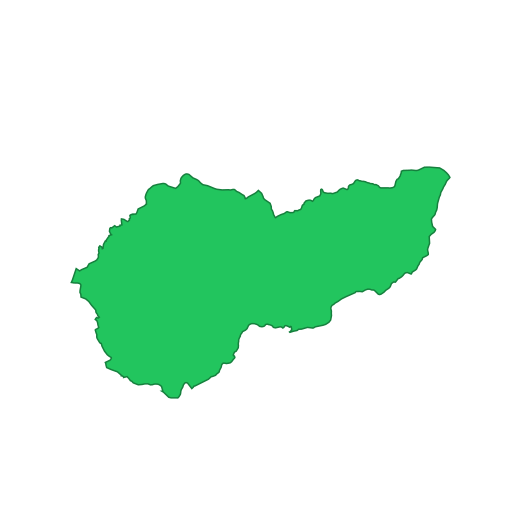 the district of Finis, Bihor, Romania, rotated 214°
{"feature_id": "2599482B59460374460449", "entity_name": "Finis", "entity_type": "district", "adm_level": 2, "iso_a3": "ROU", "parent_name": "Romania", "parent_adm1": "Bihor", "projection": "mercator", "projection_center": [22.253, 46.612], "detail": "fine", "context": "isolated", "style": "filled", "palette": "green", "viewbox_px": 512, "rotation_deg": 214, "n_neighbors": 0, "source": "geoboundaries", "source_scale": "gbopen_adm2", "svg_char_len": 6119}
<svg xmlns="http://www.w3.org/2000/svg" viewBox="0 0 512 512"><g transform="rotate(214 256 256)"><path d="M139.2,429.6L141.8,430.8L144.5,431.5L148.2,432.0L153.0,431.7L162.0,426.6L166.0,423.8L169.5,417.8L171.0,416.4L175.3,414.1L176.7,412.9L181.7,409.3L182.9,407.6L181.9,405.6L181.8,404.5L181.2,403.1L181.2,399.5L181.8,398.7L181.9,397.9L181.7,396.0L180.1,391.8L180.1,391.2L180.2,390.3L181.1,388.9L183.1,387.1L184.5,386.4L190.5,382.3L191.9,382.0L193.8,382.6L196.4,382.3L197.8,381.3L199.6,381.2L201.9,379.9L203.0,379.8L204.6,379.1L206.9,378.7L208.6,378.0L210.0,377.1L211.5,376.7L212.5,376.1L214.2,376.0L214.7,375.6L215.3,375.0L215.7,374.1L215.7,370.5L216.7,368.8L217.9,367.5L218.2,366.2L218.2,365.4L217.5,364.2L217.3,362.8L217.4,362.3L217.8,361.9L221.6,361.1L222.2,360.5L223.5,358.5L224.1,356.5L224.3,354.6L227.1,350.8L227.8,350.3L229.1,349.9L231.5,348.1L234.8,346.7L236.3,346.8L237.6,347.8L238.4,348.1L239.0,348.1L239.3,347.7L239.4,347.2L238.6,345.8L237.4,344.4L237.0,343.5L236.7,341.5L239.4,337.6L239.7,335.9L239.5,334.1L239.8,332.9L241.1,332.9L242.5,332.5L243.8,331.5L245.4,329.6L245.7,326.9L245.2,325.5L245.6,325.0L245.9,323.9L245.1,321.2L245.0,319.5L246.1,318.2L246.7,316.9L249.2,315.3L249.3,314.9L249.1,314.0L249.2,313.4L249.6,312.7L252.0,311.0L254.8,310.2L255.4,309.6L256.2,307.4L256.8,306.3L257.4,305.7L258.4,304.3L260.5,300.7L261.1,298.8L261.4,298.6L264.5,300.1L266.0,301.5L267.8,302.8L269.4,303.4L271.1,305.6L273.8,307.6L279.9,307.6L281.9,308.0L283.4,309.2L286.4,311.1L290.7,311.7L291.3,308.9L292.0,307.1L295.4,300.7L296.1,298.5L296.6,297.7L297.1,297.5L297.7,298.3L299.8,299.4L301.8,299.2L305.6,299.2L308.1,298.7L310.9,299.1L312.2,298.4L314.1,296.4L315.9,295.5L320.9,291.9L325.8,289.4L327.8,288.8L335.5,287.2L339.9,285.4L342.9,285.6L345.7,286.3L348.0,286.2L351.9,285.5L357.3,286.1L359.2,285.4L360.2,284.5L360.6,283.8L361.3,282.2L361.7,279.4L361.5,278.0L360.8,276.0L359.4,274.3L359.3,273.8L359.6,269.7L360.5,267.1L367.9,264.9L371.0,265.2L372.2,264.9L373.6,264.2L377.5,260.4L380.5,256.9L381.2,254.7L381.7,252.6L382.3,251.1L382.3,250.2L382.0,247.1L381.6,245.3L380.8,243.0L380.0,242.0L377.9,240.6L375.8,237.7L376.2,237.3L376.1,236.9L376.7,234.9L380.0,229.1L379.0,225.2L379.0,223.6L381.5,221.9L381.3,221.6L382.5,220.8L383.1,219.7L382.8,219.4L383.1,219.0L381.6,217.4L381.5,216.4L381.8,215.9L381.0,214.9L381.5,212.9L382.6,212.6L386.0,212.5L388.3,211.5L387.7,210.4L384.6,206.8L386.0,205.4L385.5,204.7L387.9,202.0L390.1,202.1L391.3,198.6L392.1,198.4L392.5,198.0L392.5,196.9L391.3,194.5L388.8,193.0L387.7,192.8L389.3,190.7L388.8,190.1L389.0,189.0L389.0,185.4L388.6,184.5L389.3,184.2L388.9,180.3L387.1,176.8L387.5,176.1L388.6,177.2L391.1,177.1L391.2,175.2L390.6,174.7L389.9,173.0L389.1,171.9L387.8,170.7L387.7,169.1L385.9,166.8L385.8,163.7L386.5,161.9L390.0,156.2L389.7,152.2L393.0,147.1L393.9,145.0L398.0,145.0L394.8,133.5L394.3,130.8L391.8,131.9L389.1,133.7L387.5,134.4L386.2,134.6L385.0,134.1L384.3,132.9L382.6,129.1L381.6,127.4L379.8,126.3L378.1,124.1L373.2,125.2L369.2,124.8L364.8,123.2L359.4,121.8L358.4,121.4L357.6,120.3L356.9,119.7L354.9,119.0L353.6,118.0L351.7,117.6L352.0,116.5L352.4,116.1L353.6,116.0L353.9,114.8L353.8,113.5L351.8,113.4L350.1,112.2L348.4,110.4L346.4,108.8L346.6,108.4L346.6,107.5L347.7,105.7L347.9,104.8L345.6,102.9L344.0,101.8L342.8,99.9L342.3,99.4L341.5,98.8L337.6,97.0L336.2,96.6L335.4,97.0L333.2,95.1L328.4,92.4L324.2,91.0L321.9,90.8L319.2,90.9L318.8,90.4L318.6,88.8L318.8,87.9L321.4,83.5L320.2,82.7L319.5,81.8L317.4,80.0L312.8,80.8L306.1,82.5L301.3,81.9L300.7,81.3L300.0,81.8L298.1,81.8L297.8,81.3L295.5,83.9L293.1,83.4L290.4,82.4L288.9,82.7L286.8,82.2L281.6,83.4L278.6,85.8L276.8,87.7L274.1,89.6L271.4,90.2L269.9,91.4L268.8,92.8L267.7,93.7L265.8,94.8L264.3,95.2L262.4,95.2L261.2,94.9L257.7,91.9L258.4,91.3L256.6,91.4L249.3,90.1L247.1,90.9L241.7,94.5L241.4,94.8L241.2,96.2L241.3,98.8L241.5,99.5L242.8,102.1L243.2,103.4L243.4,106.3L244.1,108.6L244.0,110.6L243.7,111.4L243.0,112.0L241.7,112.4L235.1,110.2L234.6,112.4L234.7,113.4L234.0,114.0L226.5,127.3L225.6,131.0L224.7,131.8L222.8,134.5L222.6,136.4L222.2,137.2L221.7,139.3L222.3,140.8L222.7,144.3L223.7,146.9L223.3,148.8L221.9,149.7L220.4,150.3L218.4,152.2L217.6,153.1L217.1,154.8L217.0,157.3L216.7,159.8L216.9,160.2L218.0,161.0L218.9,160.8L219.5,161.2L220.1,164.0L219.8,165.0L219.3,165.7L219.2,166.2L219.4,170.0L220.6,172.1L221.4,173.0L222.2,174.4L222.4,175.1L223.5,176.9L223.9,178.4L224.2,180.8L224.5,181.2L224.8,182.5L224.7,184.6L224.9,185.7L223.3,188.6L222.8,190.7L223.4,194.4L222.8,196.1L221.7,197.6L219.3,199.1L216.4,199.9L213.6,199.7L211.8,200.5L210.8,201.3L210.0,202.4L209.7,203.5L209.8,204.3L209.3,205.1L208.1,206.1L207.4,206.1L205.6,206.9L203.2,207.2L202.2,206.7L201.6,206.6L199.7,207.3L196.3,210.9L194.9,211.4L193.5,211.3L193.0,212.4L193.0,214.3L192.2,215.1L190.3,215.6L188.3,215.8L188.0,216.9L187.4,217.1L186.9,216.8L186.8,216.4L185.7,215.6L185.1,214.7L185.4,214.0L185.1,213.3L185.7,211.8L185.2,211.7L182.7,214.8L180.6,216.9L180.2,217.4L179.7,219.1L177.3,220.9L173.4,225.6L168.5,228.1L168.1,228.6L167.2,230.5L161.7,236.1L160.0,238.3L158.5,241.8L158.3,244.6L160.1,248.8L161.5,250.6L162.7,252.5L164.7,254.4L165.3,255.9L165.4,257.6L164.5,259.4L164.1,261.2L162.6,264.2L161.1,268.3L158.7,272.5L153.3,281.1L153.3,282.1L153.0,282.6L149.9,284.8L147.9,285.8L146.3,289.1L144.8,291.0L143.1,292.1L141.0,292.6L139.4,293.6L138.5,293.7L133.2,292.7L131.9,293.2L131.0,294.3L129.7,297.5L129.2,300.3L127.9,303.4L127.6,304.7L127.6,305.9L128.3,308.9L127.4,311.4L125.8,312.3L125.5,316.8L124.7,317.7L123.7,320.1L123.3,322.0L123.1,324.4L122.6,325.7L121.1,327.0L117.3,327.8L117.2,328.3L117.5,330.0L115.9,333.6L115.6,335.1L116.2,338.1L116.2,340.6L116.7,342.1L116.3,346.0L116.9,347.7L114.7,351.6L114.0,353.5L114.7,354.6L117.2,357.0L117.9,358.6L119.2,363.6L123.3,369.0L122.9,371.9L121.7,375.0L121.6,376.0L121.6,377.3L122.0,378.5L126.1,379.3L129.2,382.2L131.2,384.7L131.3,385.6L131.1,388.1L130.8,389.5L130.9,390.8L131.6,392.8L131.9,395.1L132.8,397.4L134.7,400.7L135.3,402.3L137.0,407.5L137.3,409.7L138.3,411.9L138.7,416.2L139.1,418.0L139.2,421.2L139.8,424.5L139.7,425.9L139.2,428.7L139.2,429.6Z" fill="#22c55e" stroke="#15803d" stroke-width="1.5"/></g></svg>